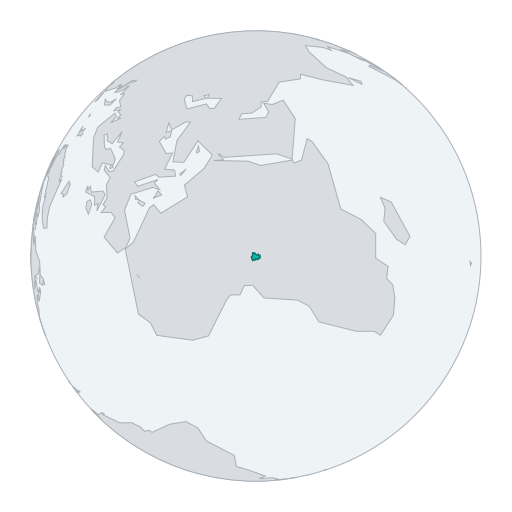 the Earth from above Ouham-Pendé, rotated 305°
{"feature_id": "CAF-805", "entity_name": "Ouham-Pendé", "entity_type": "Prefecture", "adm_level": 1, "iso_a3": "CAF", "parent_name": "Central African Republic", "parent_adm1": "", "projection": "orthographic", "projection_center": [16.39, 6.719], "detail": "fine", "context": "on_globe", "style": "filled", "palette": "teal", "viewbox_px": 512, "rotation_deg": 305, "n_neighbors": 0, "source": "natural_earth", "source_scale": "10m", "svg_char_len": 9196}
<svg xmlns="http://www.w3.org/2000/svg" viewBox="0 0 512 512"><g transform="rotate(305 256 256)"><circle cx="256" cy="256" r="225" fill="#eef3f6" stroke="#a8b0b8"/><path d="M189.7,40.7L189.9,40.6L183.4,42.8L182.2,43.1L189.7,40.7ZM181.8,43.3L180.5,43.7L176.9,45.1L179.2,44.3L171.2,47.3L180.2,44.0L174.8,46.3L169.2,48.5L168.4,48.5L164.4,50.2L181.8,43.3ZM130.1,69.2L128.7,70.1L122.8,74.3L115.7,79.8L119.6,77.0L126.5,71.8L131.9,68.6L139.7,63.4L143.1,61.7L151.7,56.9L151.8,57.6L147.3,61.1L140.2,65.3L138.0,67.3L145.9,63.6L133.8,72.8L127.8,81.5L124.5,84.3L116.0,88.0L113.0,86.2L102.0,93.6L110.5,89.1L102.2,97.3L101.4,99.1L102.7,99.2L106.4,96.4L103.8,99.7L94.4,104.6L96.6,101.7L99.5,100.0L98.1,99.5L91.7,104.2L88.0,108.6L82.3,113.0L79.5,116.5L76.7,119.8L81.5,113.8L72.8,125.1L69.5,129.6L79.7,115.8L90.9,102.7L103.1,90.6L116.2,79.4L130.1,69.2ZM35.0,212.5L35.0,212.4L36.1,208.6L33.7,221.6L36.2,210.5L35.5,217.5L39.3,219.7L38.3,222.4L41.1,240.1L48.1,249.6L49.7,259.8L48.5,265.4L51.8,268.1L51.9,272.0L68.7,281.8L80.2,293.6L81.8,307.2L76.1,321.3L80.1,352.8L72.3,360.6L76.5,373.0L81.1,389.8L75.6,386.5L83.6,396.4L85.7,401.1L83.9,400.3L89.1,406.6L88.0,405.9L92.7,410.8L98.4,416.9L86.9,404.8L76.3,391.9L66.7,378.2L58.2,363.8L50.8,348.9L44.4,333.1L41.1,323.7L36.8,308.1L33.7,292.4L31.7,276.5L30.8,260.4L31.0,244.4L32.4,228.4L35.0,212.5ZM106.2,424.2L107.0,424.9L107.1,425.1L106.2,424.2ZM46.2,173.9L44.7,178.2L46.2,173.9ZM151.0,57.0L151.3,57.0L149.6,57.8L151.0,57.0ZM154.5,55.1L152.2,56.1L153.5,55.4L154.9,54.8L154.5,55.1ZM156.9,54.1L156.1,54.1L158.4,52.9L165.5,49.7L156.9,54.1ZM198.3,38.2L198.2,38.3L198.3,38.2ZM194.9,39.2L198.5,38.2L196.1,39.0L190.9,40.3L194.9,39.2ZM189.6,41.9L189.8,41.4L193.2,40.3L189.6,41.9ZM200.0,37.9L200.8,37.6L202.2,37.3L203.9,36.9L200.0,37.9ZM210.0,35.6L202.1,37.5L200.9,38.3L197.7,39.2L200.2,37.8L210.0,35.6ZM208.9,35.7L209.4,35.6L209.1,35.7L205.4,36.5L203.5,36.9L208.9,35.7ZM210.4,35.6L212.2,35.1L210.7,35.5L210.4,35.6ZM216.6,34.3L214.1,34.8L212.6,35.0L216.6,34.3ZM217.9,34.0L220.5,33.6L213.6,34.8L217.3,34.1L217.9,34.0ZM223.6,33.6L215.3,35.1L212.0,35.4L220.6,33.8L223.6,33.6ZM120.1,435.4L119.4,434.4L121.2,435.7L122.1,436.7L120.1,435.4ZM465.6,173.4L465.1,172.3L468.0,180.6L473.0,195.6L477.5,214.7L478.7,223.1L477.9,218.1L473.8,206.9L476.6,223.3L479.8,236.0L481.1,251.9L480.2,247.5L478.5,233.7L477.0,229.3L474.9,215.0L468.7,194.9L467.6,199.5L465.3,191.3L456.7,175.7L453.7,182.2L450.6,205.8L454.3,227.4L451.4,237.6L437.9,208.1L430.4,188.2L426.5,190.7L411.8,175.3L389.2,176.8L385.1,171.9L381.0,174.7L370.6,170.5L364.2,162.6L358.2,163.7L375.2,184.6L381.5,183.6L385.6,174.6L389.3,182.4L399.2,188.8L391.1,209.3L356.1,230.0L351.4,214.1L318.2,172.9L318.5,168.1L318.3,167.6L317.8,166.7L316.1,174.4L310.0,166.6L329.1,195.1L332.8,207.9L355.6,230.9L353.8,233.6L360.8,238.3L381.5,230.6L381.9,236.0L372.9,262.0L343.1,298.5L346.3,321.4L343.0,341.2L322.9,355.3L323.2,370.2L312.6,375.9L310.9,384.4L301.6,393.6L286.5,402.5L262.5,403.4L262.1,395.9L251.9,381.4L238.1,345.4L245.4,328.4L243.7,315.3L226.2,286.5L230.2,270.2L225.2,263.4L215.1,265.2L209.2,257.2L203.0,257.1L163.3,262.9L150.7,252.4L134.1,220.2L140.8,207.6L141.0,193.0L186.6,145.0L197.4,147.6L234.5,141.1L239.4,142.7L236.3,153.4L265.2,166.0L273.0,156.7L297.9,163.3L313.7,162.4L317.1,142.3L291.3,143.2L285.5,133.9L305.3,125.0L327.7,125.5L326.2,122.0L311.0,114.5L315.1,108.2L305.6,111.6L310.2,115.0L304.4,117.5L299.8,114.7L301.4,112.3L294.4,111.0L288.5,123.7L292.5,128.5L274.7,131.4L279.7,140.0L275.3,144.3L265.0,131.5L265.2,126.8L247.1,114.1L245.3,119.2L262.3,131.8L257.4,130.9L255.1,139.1L253.1,132.2L235.0,118.2L218.2,121.9L198.6,142.4L188.4,144.5L179.0,140.8L184.4,120.7L206.5,118.6L208.7,112.5L202.7,104.2L210.0,104.6L210.3,101.3L218.5,100.6L228.6,92.6L236.7,91.6L239.3,82.3L243.8,80.8L241.0,86.5L243.4,90.4L263.5,89.3L266.9,87.3L267.0,81.6L272.5,82.5L270.0,77.3L280.8,75.0L265.5,73.7L265.1,68.2L270.8,64.0L268.0,62.2L258.6,69.2L257.4,72.3L260.7,75.2L254.9,85.0L248.3,86.9L244.0,76.6L234.2,78.6L235.1,70.7L259.8,55.1L270.8,52.5L292.0,58.5L290.3,61.6L281.8,60.6L291.0,66.0L289.6,63.4L294.2,64.4L295.0,60.3L298.3,61.0L293.4,56.3L297.6,56.7L300.6,59.6L305.3,54.9L313.4,55.2L312.9,53.9L310.1,52.5L322.3,54.5L321.4,53.5L317.0,52.4L312.4,49.9L308.9,46.6L313.3,47.4L315.2,48.7L325.7,53.2L330.0,57.2L331.5,57.3L328.8,54.1L315.9,48.5L312.6,46.3L319.0,48.5L316.4,47.5L316.1,46.8L320.0,47.0L313.1,44.6L304.0,37.6L310.6,38.2L317.3,40.4L315.7,38.8L318.2,39.5L333.3,44.4L348.0,50.4L362.2,57.3L375.9,65.3L389.1,74.2L401.5,84.0L413.3,94.7L424.2,106.2L434.4,118.4L443.6,131.3L451.9,144.8L459.3,158.8L465.6,173.4ZM172.4,169.0L171.5,173.3L172.4,169.0ZM352.7,137.1L365.3,137.4L357.4,125.6L361.6,125.0L357.3,121.5L356.7,124.8L346.1,115.4L350.7,112.0L348.0,107.2L343.6,107.0L336.9,115.1L352.1,128.1L350.2,133.1L352.7,137.1ZM39.5,219.6L39.6,222.4L38.8,222.0L39.5,219.6ZM43.8,187.8L44.1,189.5L43.0,189.9L43.8,187.8ZM44.2,180.0L43.4,186.9L41.4,189.3L42.2,185.2L42.6,184.9L44.2,180.0ZM102.7,97.0L103.4,96.7L103.9,97.5L102.2,98.6L102.7,97.0ZM115.6,94.3L111.2,99.6L113.1,96.3L109.7,98.3L109.6,94.3L122.8,85.6L116.8,90.0L115.6,94.3ZM113.0,87.5L111.6,90.4L112.6,87.6L113.0,87.5ZM203.7,86.2L206.9,87.9L204.5,91.6L194.2,94.7L197.6,89.2L203.7,86.2ZM212.1,89.7L210.7,79.6L217.1,77.9L213.7,80.4L218.1,80.3L213.9,84.5L221.4,93.4L219.7,97.3L201.5,99.8L208.4,96.5L204.8,94.8L212.1,89.7ZM195.9,63.2L195.3,60.5L209.8,59.9L208.6,62.6L198.3,65.4L193.6,64.0L195.9,63.2ZM169.6,49.1L168.5,49.3L170.3,48.5L172.7,47.8L169.6,49.1ZM189.4,41.8L176.5,48.0L174.5,48.3L169.3,52.4L162.1,55.1L165.7,52.2L156.3,57.8L156.7,56.3L150.9,60.2L159.7,53.5L159.6,53.0L162.4,52.4L169.0,49.8L171.9,48.5L179.9,44.7L183.1,42.9L190.1,40.6L194.3,39.5L194.6,39.6L189.9,40.9L193.7,40.1L187.2,42.1L189.4,41.8ZM238.7,36.7L233.2,36.7L239.7,38.4L233.2,39.2L234.3,39.3L230.1,40.7L227.0,42.9L223.9,43.1L224.0,43.9L221.2,45.1L220.4,46.4L214.4,47.5L212.9,49.3L211.0,48.8L209.9,51.8L208.1,50.2L204.3,52.0L208.1,52.6L178.2,58.6L167.2,63.4L159.0,68.7L156.9,66.1L163.2,59.9L173.7,53.2L184.7,49.4L181.8,49.3L186.1,47.5L186.6,48.3L188.5,46.2L192.2,45.1L201.6,41.1L201.9,39.4L205.4,38.2L207.1,38.4L209.3,37.2L214.9,36.8L217.5,36.0L225.6,35.3L227.4,36.5L230.2,35.6L236.5,35.5L238.7,36.7ZM225.8,33.4L229.5,33.9L227.7,34.8L214.3,35.9L211.2,36.6L202.6,38.0L205.3,36.8L207.5,36.4L210.3,35.8L208.3,36.4L212.0,35.5L215.2,35.2L218.9,34.5L219.1,34.7L225.8,33.4ZM244.2,138.6L247.8,138.9L253.3,138.2L251.9,143.7L244.2,138.6ZM231.6,129.1L234.8,128.3L235.6,135.0L231.8,134.9L231.6,129.1ZM235.9,122.5L234.9,127.7L233.2,124.9L235.9,122.5ZM243.9,85.8L247.2,84.9L247.8,86.2L246.3,88.3L243.9,85.8ZM256.7,44.2L253.7,43.4L254.6,43.0L251.8,40.6L256.4,40.2L259.9,41.4L256.7,44.2ZM313.1,145.9L309.0,149.8L306.4,148.1L308.3,147.0L313.1,145.9ZM279.3,146.7L287.3,148.9L278.8,148.1L279.3,146.7ZM261.2,43.3L259.5,42.3L262.9,42.8L261.2,43.3ZM259.6,39.8L263.4,40.1L256.6,39.9L259.6,39.8ZM374.2,434.5L373.7,436.7L371.2,437.2L374.2,434.5ZM377.8,335.8L360.3,370.9L350.8,371.7L350.3,361.8L357.7,340.8L369.3,334.2L375.4,324.3L377.8,335.8ZM479.6,283.3L479.6,283.2L479.8,281.7L479.6,283.3ZM480.1,278.8L480.2,269.2L476.1,239.7L477.6,239.6L481.1,256.8L481.0,260.1L481.0,267.9L480.1,278.8ZM455.1,229.3L459.3,241.7L457.3,244.2L455.1,229.3ZM469.4,183.9L468.4,180.8L468.3,180.6L469.4,183.9ZM298.1,42.6L296.8,45.9L299.0,49.0L304.9,51.4L296.0,49.9L292.7,45.1L298.1,42.6ZM302.8,37.9L297.5,36.5L300.1,36.7L301.6,37.0L302.8,37.9ZM299.4,37.3L292.5,36.6L289.7,35.6L295.7,36.3L299.4,37.3ZM277.0,38.7L276.2,39.6L273.6,39.1L277.0,38.7Z" fill="#d9dde1" stroke="#a8b0b8" stroke-width="1"/><path d="M256.6,251.5L256.6,251.8L256.8,251.9L256.9,252.0L256.9,252.3L257.1,252.3L257.4,252.6L257.5,252.7L257.5,252.8L257.6,252.7L257.7,252.8L257.7,253.0L257.7,253.3L257.6,253.5L257.5,253.9L257.4,254.1L257.5,254.2L257.5,254.3L257.4,254.5L257.2,254.7L257.2,254.8L257.1,255.0L257.3,255.3L257.3,255.7L257.3,255.8L257.4,256.0L257.4,256.4L257.5,256.4L257.5,256.5L257.8,256.8L257.9,257.0L258.0,257.0L258.2,256.9L258.3,256.9L258.5,256.9L258.6,257.0L258.8,257.0L258.7,257.3L258.5,257.5L258.4,257.6L258.2,257.6L258.2,257.8L258.1,258.1L258.2,258.3L258.0,258.5L258.1,258.8L258.1,259.0L258.2,259.3L258.3,259.3L258.2,259.4L258.2,259.5L257.9,259.5L257.4,259.7L257.2,259.8L257.1,260.0L256.8,260.3L256.6,260.5L256.4,260.4L256.2,260.1L256.0,259.9L255.7,259.7L255.5,259.4L255.4,259.2L255.2,259.2L255.1,259.4L255.1,259.5L254.9,259.6L254.7,259.6L254.4,259.6L254.3,259.4L254.2,259.4L253.8,259.1L253.7,259.0L253.7,258.9L253.7,258.7L253.7,258.3L253.6,258.2L253.4,257.9L253.3,257.7L253.6,257.4L253.6,257.2L253.4,257.2L253.4,257.3L253.0,257.4L252.8,257.5L252.7,257.5L252.4,257.5L252.2,257.6L251.9,257.3L251.9,257.2L251.8,256.9L251.8,256.7L251.7,256.5L251.7,256.4L251.3,256.1L251.3,255.9L250.9,256.0L250.6,256.1L250.4,256.1L250.4,255.9L250.7,255.8L250.7,255.7L250.8,255.5L250.9,255.4L251.0,255.0L251.1,254.8L251.1,254.7L251.3,254.6L251.3,254.3L251.3,254.2L251.5,253.9L251.9,253.6L252.1,253.5L252.1,253.4L252.3,253.4L252.2,253.2L252.4,252.9L252.5,252.8L253.0,252.8L253.4,253.1L253.5,253.1L254.2,253.0L254.3,252.9L254.5,252.7L255.0,252.5L255.3,252.5L255.4,252.4L255.5,252.3L255.9,252.3L256.0,252.2L256.0,251.9L256.3,251.8L256.3,251.6L256.5,251.5L256.6,251.5Z" fill="#14b8a6" stroke="#0f766e" stroke-width="1.5"/></g></svg>